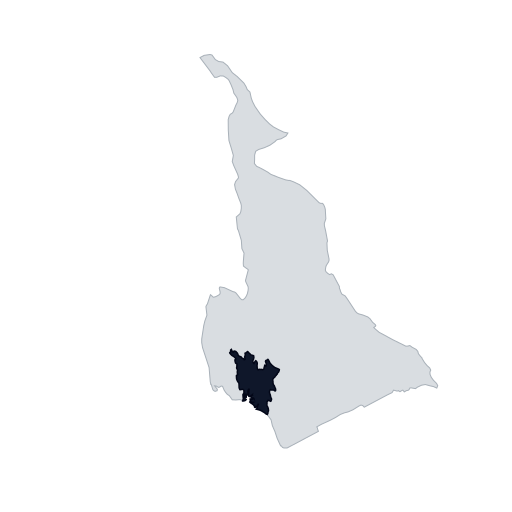 Littoral highlighted on a map of Cameroon, rotated 332°
{"feature_id": "CMR-1476", "entity_name": "Littoral", "entity_type": "Province", "adm_level": 1, "iso_a3": "CMR", "parent_name": "Cameroon", "parent_adm1": "", "projection": "equal_earth", "projection_center": [10.043, 4.313], "detail": "fine", "context": "in_parent", "style": "filled", "palette": "ink", "viewbox_px": 512, "rotation_deg": 332, "n_neighbors": 0, "source": "natural_earth", "source_scale": "10m", "svg_char_len": 9115}
<svg xmlns="http://www.w3.org/2000/svg" viewBox="0 0 512 512"><g transform="rotate(332 256 256)"><path d="M155.8,348.2L156.6,345.5L162.2,332.5L165.8,311.8L167.4,307.0L169.1,303.8L177.3,292.8L180.4,289.3L184.9,285.2L188.0,277.2L189.1,276.3L190.5,275.6L197.6,268.8L198.2,270.1L198.7,271.8L199.2,272.5L201.5,273.0L204.7,273.0L206.5,272.5L207.4,271.1L208.4,267.3L209.0,266.6L209.7,266.4L213.2,269.1L218.9,276.6L220.3,277.9L221.0,279.4L222.2,286.2L222.9,287.9L224.1,288.6L226.3,288.1L228.6,286.9L230.7,285.2L232.7,282.9L234.0,280.9L234.6,279.4L234.9,273.8L235.3,272.6L242.7,264.6L242.5,263.8L241.3,261.5L240.2,259.0L241.3,256.5L242.5,254.5L246.8,247.8L247.0,242.9L250.4,235.3L252.4,225.3L252.4,223.3L256.9,212.3L261.6,211.2L263.4,209.7L265.4,207.0L266.8,204.4L267.4,202.0L267.9,197.3L268.7,191.9L269.2,187.3L270.6,182.9L272.9,180.7L277.0,178.9L277.6,178.1L278.2,175.2L278.8,165.7L279.4,161.4L283.2,156.6L284.8,149.2L286.3,141.4L290.6,131.9L295.5,122.5L297.9,120.0L299.8,118.8L302.1,118.7L303.6,118.0L309.0,113.4L311.3,111.8L312.9,110.2L313.3,108.7L313.5,106.7L312.9,101.8L313.8,98.3L314.4,92.8L314.6,88.5L314.4,87.0L313.3,84.5L311.7,81.8L309.0,80.2L305.3,79.8L303.3,78.8L302.6,73.9L302.3,70.8L299.7,54.5L304.4,54.5L310.0,56.5L311.5,57.9L312.3,63.5L314.3,66.7L317.9,69.3L320.2,74.7L321.1,82.9L323.2,87.7L323.6,88.5L326.5,97.7L326.7,102.0L326.4,104.9L327.6,108.4L325.9,114.5L325.4,118.2L325.3,123.5L326.4,132.7L328.1,139.8L329.9,145.6L331.9,150.1L335.2,155.0L338.6,159.6L341.9,162.4L338.9,164.1L333.1,164.3L329.8,163.3L328.2,163.3L326.6,163.9L320.4,164.7L314.2,164.3L308.4,163.2L304.9,163.4L302.2,166.2L300.0,170.3L298.0,173.6L298.7,177.2L300.3,179.2L303.3,183.6L306.0,187.9L307.4,190.8L312.7,197.1L317.9,202.7L320.4,204.7L321.3,205.1L324.1,208.3L328.0,213.6L331.6,221.9L336.7,238.5L337.8,239.9L339.5,240.8L339.8,242.6L339.6,245.2L339.1,247.3L335.1,256.0L331.6,259.3L330.6,261.4L329.3,266.4L326.2,276.3L324.8,277.7L321.6,284.4L319.1,292.9L318.4,294.2L317.4,295.2L313.7,297.3L312.5,298.4L310.6,301.0L310.4,302.7L311.2,305.1L312.3,307.0L314.2,307.1L315.3,308.9L315.3,322.0L314.4,323.9L314.5,324.8L314.0,327.1L313.9,329.6L314.2,330.6L314.9,331.4L316.0,333.2L316.5,337.2L317.8,351.4L318.4,353.6L319.4,355.2L322.7,358.3L326.1,362.3L327.2,364.9L327.8,369.2L329.1,372.6L329.1,373.7L328.6,374.1L326.4,374.4L327.2,376.9L328.9,381.2L337.6,394.3L346.0,406.0L348.0,406.9L349.4,407.1L350.1,407.8L350.8,409.5L353.6,413.8L354.1,416.2L353.5,418.6L354.2,422.2L354.7,423.6L354.5,424.7L354.8,429.2L355.6,433.1L356.8,436.4L356.7,438.8L355.1,440.1L354.1,442.2L353.8,445.3L354.3,448.9L355.6,453.3L355.6,455.8L353.6,457.5L351.4,454.6L348.9,452.5L345.2,449.0L341.5,447.8L336.7,447.6L334.6,448.0L331.0,445.2L329.9,444.8L328.3,445.9L327.2,446.0L325.8,445.5L323.1,445.6L322.8,443.6L322.3,443.2L319.4,443.4L318.5,441.7L318.1,441.9L316.9,441.3L314.5,439.0L312.0,440.5L306.8,440.3L280.6,440.3L280.0,438.1L278.7,436.9L276.4,436.8L269.4,437.3L264.1,436.9L260.5,436.0L256.1,435.5L250.6,435.9L244.9,435.9L234.9,435.3L229.4,435.4L229.5,436.7L229.1,437.7L228.8,440.1L193.3,440.1L190.4,438.5L189.5,437.4L189.2,435.5L188.6,435.2L189.1,426.9L190.3,419.9L190.8,413.5L192.4,407.7L191.6,402.0L190.5,399.5L185.2,391.4L187.6,388.4L184.4,388.8L183.7,385.8L182.1,382.2L183.1,381.6L184.0,379.6L186.9,380.2L186.9,379.3L184.3,376.2L184.6,374.7L185.6,373.0L185.1,372.3L183.3,374.1L182.0,374.0L180.9,372.9L180.2,372.7L180.7,375.0L179.6,377.1L178.7,377.8L177.0,377.6L175.6,377.1L175.3,376.0L174.0,375.1L170.5,373.6L167.5,371.8L166.9,366.8L165.7,364.7L165.2,362.3L164.9,359.6L165.3,355.4L164.6,354.7L163.7,354.5L162.4,354.7L161.2,354.4L159.8,352.1L158.5,351.2L159.3,355.5L158.4,356.7L156.3,356.3L155.3,354.7L155.2,353.5L156.2,348.3L155.8,348.2Z" fill="#d9dde1" stroke="#a8b0b8" stroke-width="1"/><path d="M191.9,401.0L191.9,400.9L191.5,400.9L191.2,400.8L191.0,400.6L190.9,400.4L190.7,400.1L190.0,398.3L188.0,395.0L186.9,393.7L184.4,391.4L185.0,391.2L185.6,390.8L187.8,388.5L188.3,388.2L189.0,388.2L188.2,387.9L187.5,388.3L186.8,388.9L186.1,389.2L184.3,389.4L184.0,389.2L183.8,388.8L183.9,388.3L184.4,388.0L183.6,385.5L182.3,383.1L182.0,382.2L181.8,381.4L182.5,382.3L182.8,382.5L183.0,383.3L183.1,383.6L183.4,383.8L183.9,383.9L184.9,383.9L184.6,383.7L183.8,383.4L183.6,383.2L183.4,382.8L183.2,382.5L183.0,381.8L183.1,380.9L183.4,380.0L183.8,379.5L184.8,380.7L185.4,380.8L185.6,380.0L186.5,380.6L186.9,380.9L187.1,381.4L187.2,381.0L187.2,380.7L187.1,380.3L186.9,380.0L187.0,379.9L187.3,380.0L186.0,379.4L185.4,378.9L185.3,378.2L185.6,377.8L186.3,377.4L187.0,377.3L187.6,377.3L187.6,377.1L187.4,376.8L187.5,376.7L185.0,377.1L184.2,377.0L183.8,376.4L183.9,375.5L184.3,374.7L184.8,374.3L185.3,373.8L186.4,371.5L187.2,371.0L187.3,370.8L187.4,370.4L187.3,370.2L186.9,370.4L186.4,370.9L186.2,371.3L186.0,371.7L185.8,371.7L185.8,371.0L185.3,371.4L184.5,373.2L184.0,373.9L183.4,374.3L182.7,374.6L182.2,374.4L182.2,373.6L181.8,374.1L181.3,373.7L180.9,373.1L180.6,372.3L180.7,371.4L180.9,371.3L181.1,371.2L181.3,370.9L181.6,370.2L181.8,369.8L182.1,369.4L182.3,369.1L182.2,368.8L182.0,368.0L181.8,367.6L181.4,367.3L179.6,366.8L179.0,366.4L179.1,365.5L179.2,364.5L181.1,360.6L181.2,359.8L181.0,358.8L180.9,358.3L181.0,356.3L181.2,355.3L182.1,353.3L182.5,352.5L182.7,352.3L183.3,352.2L183.6,352.4L183.9,352.3L184.1,352.2L184.3,351.9L184.5,350.7L185.2,349.3L185.9,348.5L186.2,347.7L186.2,346.8L186.2,346.4L186.3,345.8L186.6,345.3L187.5,344.2L187.9,343.3L188.2,343.0L188.4,342.6L188.4,342.2L187.9,341.4L187.7,340.9L187.8,340.4L188.0,339.5L188.3,338.5L188.8,337.7L189.7,337.5L189.9,337.1L189.9,336.4L189.4,334.9L189.0,334.1L188.0,332.4L187.6,331.0L187.3,329.7L187.3,329.3L187.4,329.0L187.7,328.9L187.9,328.9L188.3,328.9L188.6,328.6L189.5,327.1L190.4,326.9L190.2,329.5L190.6,330.3L190.9,330.3L191.2,330.2L191.4,329.9L191.7,329.7L192.0,329.6L192.3,329.8L193.2,330.6L193.4,330.9L193.5,331.2L193.6,331.8L193.9,332.7L193.9,334.2L193.7,335.0L193.7,335.3L193.9,335.8L194.1,336.4L194.2,336.8L194.3,337.0L195.3,337.7L195.4,337.9L195.5,338.2L195.6,339.1L195.7,339.5L195.9,339.8L196.1,340.0L196.6,340.6L196.7,341.8L197.0,342.1L197.3,342.2L197.5,342.1L197.8,342.1L198.5,340.2L198.6,339.8L198.8,339.6L199.7,338.7L200.1,338.3L200.3,337.8L200.4,337.3L200.7,336.7L200.9,336.6L201.2,336.7L201.5,336.8L201.8,336.9L202.1,336.8L202.6,336.6L202.9,336.5L203.7,336.4L204.0,337.0L204.2,338.2L204.5,338.8L204.7,339.4L205.2,341.1L205.5,341.5L206.1,341.8L206.3,342.2L206.6,342.5L207.1,342.8L206.6,344.4L206.0,345.2L205.1,346.2L204.0,346.9L203.8,347.2L203.6,347.9L203.4,349.8L203.6,350.0L203.8,350.1L205.1,349.0L206.0,348.5L206.6,348.3L206.9,348.9L207.0,349.3L207.0,349.8L207.0,350.2L206.9,350.8L206.8,351.2L206.6,351.6L205.5,353.2L204.5,355.4L204.3,356.1L204.2,356.6L204.2,357.0L204.3,357.3L204.4,357.5L204.6,357.6L204.9,357.6L205.2,357.5L205.5,357.5L205.8,357.6L206.3,358.1L206.5,358.3L206.8,358.3L207.0,358.4L207.5,358.6L207.8,358.9L208.0,359.1L208.3,359.4L209.4,359.6L209.7,359.5L210.1,359.3L211.1,357.9L211.6,357.7L211.9,357.3L212.0,357.1L212.2,356.8L212.4,356.5L212.6,356.6L212.7,356.8L212.8,357.3L213.0,357.6L213.4,357.8L214.2,356.8L214.5,355.9L214.8,354.0L214.9,353.5L215.2,353.2L215.4,353.0L215.8,352.9L216.1,353.0L216.4,353.2L216.7,353.2L216.9,353.1L217.4,352.8L217.7,352.8L217.9,352.8L218.1,353.0L218.2,354.0L218.1,357.3L218.9,360.3L220.2,363.2L223.0,366.6L223.1,366.8L223.3,367.2L222.7,368.0L221.9,368.7L221.7,368.9L221.5,369.0L220.0,369.5L219.7,369.8L219.4,370.2L218.9,370.1L217.9,370.8L216.7,371.1L215.8,371.7L215.2,371.9L214.6,371.9L214.3,371.9L214.1,372.1L213.8,372.3L213.5,372.4L213.4,372.5L213.0,372.8L212.8,372.9L212.6,373.3L212.3,374.0L212.1,374.7L211.4,376.1L211.2,376.8L211.0,377.4L211.0,377.9L211.2,378.8L211.2,379.3L211.2,379.6L210.9,381.0L211.0,381.9L210.7,383.0L210.5,383.4L210.3,383.8L210.0,384.1L209.8,384.2L209.5,384.1L209.2,383.8L208.8,382.9L208.5,382.5L208.1,382.2L207.2,381.9L206.8,381.6L206.6,381.4L206.4,381.1L206.0,380.7L204.6,381.6L204.0,382.4L203.7,383.3L203.6,383.7L203.4,385.4L202.8,387.3L202.7,387.9L202.6,389.6L202.4,389.9L202.3,390.0L202.1,390.2L201.4,390.9L201.3,391.0L201.1,391.1L200.9,391.2L200.7,391.2L200.3,390.8L200.1,390.1L199.7,389.7L199.2,389.3L198.8,389.1L198.7,389.2L198.6,389.4L198.5,389.5L198.4,389.5L197.7,389.7L197.4,389.8L197.2,390.0L196.9,390.5L196.7,390.9L196.3,391.7L196.1,391.9L195.7,392.5L195.4,393.3L195.4,394.0L195.4,394.5L195.5,395.0L195.5,395.3L195.4,395.5L195.2,395.8L195.1,396.1L195.2,396.4L195.1,396.6L195.1,396.8L194.5,398.3L194.4,398.5L194.2,398.7L193.5,399.2L193.2,399.6L193.0,399.9L192.7,400.3L192.6,400.5L192.4,400.7L191.9,401.0L191.9,401.0ZM179.4,372.3L179.5,372.5L180.0,372.7L180.2,372.9L180.2,373.0L180.5,373.9L180.8,374.3L181.3,374.8L181.5,375.4L181.1,376.1L180.7,375.9L180.4,375.7L180.0,375.3L179.7,374.6L179.5,374.4L179.4,374.4L179.3,374.2L179.3,373.9L179.0,373.9L178.8,374.1L178.6,374.3L178.6,374.7L179.3,375.3L179.5,375.6L179.5,376.0L179.5,376.3L179.4,376.6L179.3,377.2L179.4,377.4L179.8,377.7L180.0,378.0L179.7,378.2L179.3,378.4L178.3,378.5L177.8,378.4L176.9,378.1L176.5,378.0L176.2,377.8L177.1,376.7L177.5,376.3L177.8,376.2L178.0,375.6L178.3,374.7L179.3,372.4L179.4,372.3Z" fill="#0f172a" stroke="#020617" stroke-width="1.5"/></g></svg>